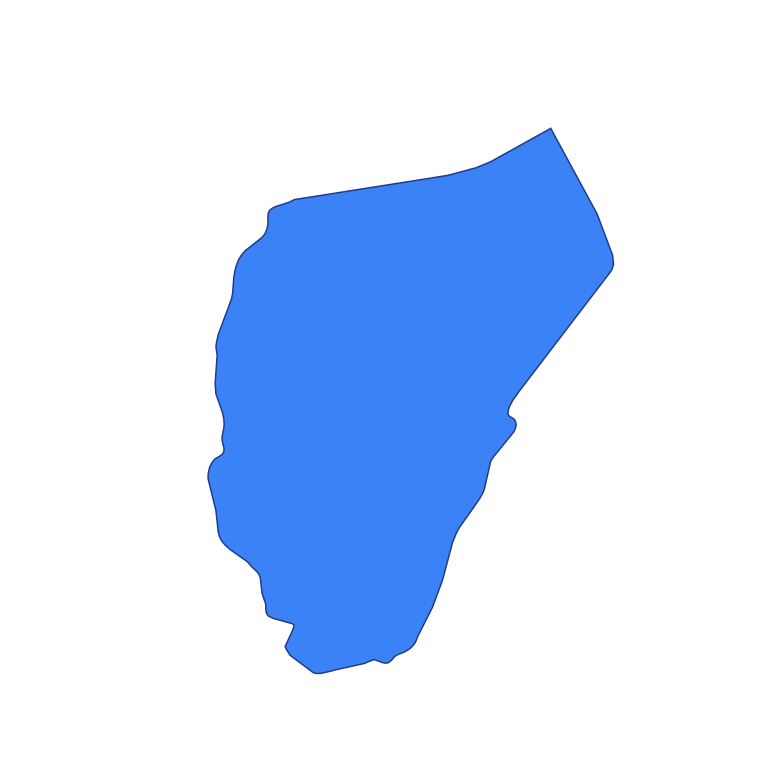 outline of El Bayadh, rotated 199°
{"feature_id": "DZA-2190", "entity_name": "El Bayadh", "entity_type": "Province", "adm_level": 1, "iso_a3": "DZA", "parent_name": "Algeria", "parent_adm1": "", "projection": "natural_earth1", "projection_center": [1.021, 32.573], "detail": "fine", "context": "isolated", "style": "filled", "palette": "blue", "viewbox_px": 768, "rotation_deg": 199, "n_neighbors": 0, "source": "natural_earth", "source_scale": "10m", "svg_char_len": 1749}
<svg xmlns="http://www.w3.org/2000/svg" viewBox="0 0 768 768"><g transform="rotate(199 384 384)"><path d="M303.1,120.3L304.4,119.7L309.8,115.1L310.8,113.9L339.0,96.6L339.5,96.0L348.8,90.2L353.1,88.4L356.7,88.0L384.5,96.9L389.7,101.1L392.0,103.6L390.1,122.7L390.3,125.4L390.9,127.1L392.9,127.5L412.7,126.3L417.7,127.0L420.1,128.5L421.7,131.0L424.3,137.5L431.2,146.5L438.1,160.9L440.6,163.5L443.0,165.2L449.9,168.3L455.5,171.5L475.4,177.3L481.6,179.9L485.8,182.4L488.0,184.2L490.2,186.6L492.5,190.0L501.7,209.6L519.4,237.0L521.0,241.8L521.8,248.7L521.0,253.9L519.6,257.9L514.7,263.8L513.9,265.4L513.5,267.3L513.8,269.8L515.2,272.6L517.7,276.3L518.9,278.5L519.8,280.9L521.2,290.6L522.2,294.3L524.1,298.9L527.2,304.1L539.8,320.1L543.8,329.5L551.1,356.8L555.0,364.4L556.0,369.5L556.8,376.8L555.9,415.0L556.7,420.6L560.8,436.3L561.7,441.8L562.2,447.5L562.0,453.9L560.7,459.6L558.5,465.1L547.2,482.6L545.5,487.1L545.1,492.7L545.8,497.4L548.4,504.9L549.1,508.1L548.7,510.9L546.5,514.2L543.6,517.0L532.6,525.2L528.8,529.2L392.2,601.7L367.4,618.4L355.4,629.0L309.6,680.0L237.8,614.1L209.8,580.2L205.8,571.7L205.8,565.6L253.2,423.0L256.8,411.2L257.9,404.4L258.0,401.7L257.9,399.5L257.5,397.6L257.1,396.3L256.7,395.5L256.6,395.4L255.2,394.5L253.5,394.0L251.6,393.7L249.5,393.1L247.6,391.7L245.7,388.3L245.3,384.9L245.6,381.2L256.8,350.6L257.7,347.2L257.9,345.0L254.8,316.2L255.1,312.9L256.3,306.6L258.7,297.8L265.9,273.2L267.0,267.3L267.6,256.5L264.8,217.3L265.5,188.7L269.9,156.5L270.2,149.8L271.7,145.5L273.0,142.8L274.2,141.0L277.9,136.8L282.7,132.8L284.6,130.6L285.5,129.2L285.8,128.5L286.3,126.9L287.5,124.3L288.5,122.8L288.8,122.3L289.5,121.6L290.6,121.0L292.8,120.3L295.4,120.1L303.1,120.3Z" fill="#3b82f6" stroke="#1e3a8a" stroke-width="1.5"/></g></svg>